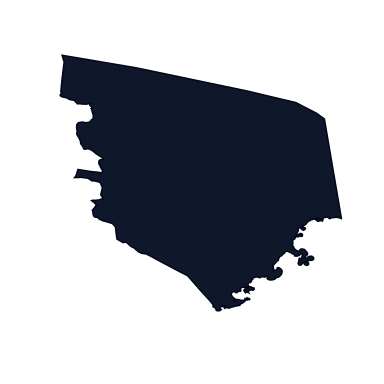 the district of Agig, Red Sea, Sudan, rotated 100°
{"feature_id": "16777658B73946128996237", "entity_name": "Agig", "entity_type": "district", "adm_level": 2, "iso_a3": "SDN", "parent_name": "Sudan", "parent_adm1": "Red Sea", "projection": "equal_earth", "projection_center": [38.237, 17.867], "detail": "fine", "context": "isolated", "style": "filled", "palette": "ink", "viewbox_px": 384, "rotation_deg": 100, "n_neighbors": 0, "source": "geoboundaries", "source_scale": "gbopen_adm2", "svg_char_len": 5933}
<svg xmlns="http://www.w3.org/2000/svg" viewBox="0 0 384 384"><g transform="rotate(100 192 192)"><path d="M79.9,343.7L86.1,340.5L103.1,339.6L116.1,338.6L117.0,337.0L118.1,338.2L119.0,338.2L119.5,338.7L120.5,337.7L120.9,335.9L121.0,331.7L121.3,330.7L122.2,328.7L122.2,323.9L122.7,323.2L125.1,320.2L124.8,319.3L124.5,316.9L124.5,315.6L124.2,313.8L124.1,312.5L123.8,311.1L122.4,307.8L123.2,308.2L123.8,307.9L124.6,307.3L126.0,304.9L127.4,305.9L128.2,304.8L129.8,304.5L133.4,302.6L137.3,302.0L137.9,303.2L138.4,303.6L138.9,303.9L139.7,304.0L141.1,305.2L141.8,307.2L142.1,308.1L142.2,312.8L143.0,314.1L143.1,315.1L143.6,316.0L145.5,317.1L147.4,317.0L149.2,316.7L150.3,316.3L152.2,315.6L154.4,315.7L156.3,314.7L157.9,313.0L161.1,310.8L163.3,310.1L164.3,309.5L166.1,307.5L168.4,306.0L168.5,304.5L167.7,303.2L167.4,301.1L168.4,297.6L171.0,293.0L174.4,285.0L175.4,285.2L175.8,287.1L176.6,288.5L177.5,289.0L179.1,288.9L180.3,288.6L181.8,287.5L185.0,285.2L187.3,283.0L188.7,284.9L188.8,285.7L188.9,288.8L189.2,292.6L189.4,295.7L189.5,299.4L189.6,308.2L192.4,308.6L195.6,309.0L196.9,309.4L198.2,310.2L197.4,306.2L196.9,304.3L196.7,301.5L196.5,297.2L196.9,295.9L198.3,292.8L198.2,291.1L198.0,289.6L198.3,286.3L198.4,284.4L199.0,283.9L203.0,281.1L206.3,281.1L210.4,281.4L211.3,280.8L212.3,279.7L213.6,278.2L214.1,279.1L215.9,282.2L217.0,285.9L217.3,288.2L217.9,289.4L218.5,288.5L219.3,286.5L221.8,283.7L222.6,284.4L223.8,285.2L224.9,285.4L227.2,287.0L228.0,286.6L228.6,286.1L229.8,286.0L231.6,285.3L233.4,284.0L233.7,279.5L234.8,278.7L235.8,274.7L236.2,270.2L236.9,264.9L239.9,261.1L240.6,261.1L242.5,260.5L245.0,259.8L251.4,257.7L253.9,250.9L253.2,249.8L253.0,248.7L253.4,246.9L254.1,246.0L255.4,244.1L256.3,242.3L257.1,239.5L260.2,234.4L261.1,231.2L261.0,226.0L261.7,224.0L262.5,221.3L263.4,218.4L264.2,216.3L270.8,196.1L275.3,181.7L287.2,166.9L296.7,154.6L299.8,151.3L301.1,151.5L300.0,151.3L301.2,151.5L302.0,149.4L302.5,148.5L303.2,147.9L304.0,147.9L304.6,146.8L304.5,145.9L304.0,143.9L302.7,142.8L302.2,143.6L302.0,144.3L301.4,144.7L300.6,144.5L299.8,142.8L299.0,143.0L298.6,141.9L299.1,141.6L298.6,140.8L299.2,140.1L299.8,140.3L300.4,140.0L300.8,139.5L300.1,139.4L298.9,139.4L298.6,139.0L299.0,138.7L299.5,138.1L300.0,138.9L299.9,135.2L299.3,134.3L298.5,133.2L298.2,132.1L297.8,131.1L296.8,129.9L296.9,129.1L296.2,128.0L295.9,127.0L295.7,126.0L295.1,125.1L293.6,124.7L293.1,123.5L292.4,122.8L291.7,122.0L290.7,121.2L289.9,120.7L289.0,120.5L288.7,119.9L289.0,119.2L288.3,118.1L288.2,117.2L287.7,116.5L287.0,116.9L287.0,118.8L286.6,119.4L287.8,119.6L287.6,121.3L288.6,121.2L289.9,122.5L290.1,125.8L289.9,129.0L291.4,130.0L292.1,131.0L291.5,132.0L290.1,130.7L289.5,131.6L288.5,133.6L286.2,135.7L285.0,135.6L283.6,134.7L282.4,133.3L283.4,131.8L283.4,130.2L282.3,129.5L281.5,129.7L281.5,127.3L280.8,126.8L280.2,127.0L278.9,127.5L277.4,126.6L276.8,125.4L276.9,122.7L276.6,121.4L275.6,120.4L275.9,119.7L276.6,119.6L277.7,121.0L278.4,121.7L279.2,121.7L279.3,122.6L278.5,122.6L278.5,123.2L279.9,123.9L280.7,123.2L282.0,121.8L280.9,120.3L281.3,118.9L280.7,119.5L279.9,119.1L279.1,118.4L278.4,117.6L278.1,116.2L278.1,114.7L277.4,114.0L276.8,115.2L276.3,115.4L276.0,113.5L275.6,116.0L275.2,117.3L275.3,119.5L274.3,120.2L273.6,120.6L272.6,121.0L271.6,120.3L271.1,118.9L270.1,118.1L268.8,118.0L268.1,117.6L268.0,119.1L267.8,117.9L267.4,117.0L266.3,117.4L265.6,116.3L265.3,115.4L264.8,115.1L264.5,113.8L264.4,112.0L264.7,110.3L264.0,109.5L263.2,108.1L263.0,107.3L263.3,106.4L263.2,105.8L263.0,105.0L262.1,104.5L263.0,102.1L263.5,102.3L264.2,102.9L264.7,102.3L264.9,101.4L265.1,100.4L265.0,99.3L264.6,97.9L264.1,96.3L263.0,94.9L261.5,94.0L260.9,92.1L259.5,90.8L257.6,89.7L256.0,89.4L254.7,89.4L253.7,89.7L252.9,90.5L252.2,91.4L251.7,92.4L251.5,93.6L251.6,94.4L252.1,95.0L254.0,95.0L254.2,95.7L254.6,96.8L255.6,97.5L255.9,97.8L254.9,98.0L253.6,98.3L252.7,98.7L251.3,99.0L250.4,99.3L248.7,98.4L246.8,97.1L244.9,95.9L244.2,95.1L243.1,95.1L242.4,95.4L241.8,94.8L240.8,94.5L240.5,94.7L240.1,94.1L239.5,93.0L238.9,92.7L238.6,92.3L238.1,92.3L237.9,91.8L237.2,91.4L236.3,90.5L235.3,90.0L234.1,89.3L233.8,87.9L234.0,86.9L234.3,85.7L234.4,85.1L234.3,84.0L234.9,83.7L235.2,83.0L235.7,81.2L236.2,80.1L237.1,79.8L237.1,78.5L236.9,77.3L235.8,75.5L234.7,74.5L233.9,74.2L233.6,73.6L233.9,72.7L234.9,72.4L236.5,72.4L239.1,72.7L239.0,73.0L238.6,73.7L238.5,74.6L239.0,74.9L240.6,74.9L241.7,74.8L244.0,75.1L245.3,74.0L245.2,72.5L244.6,71.6L243.5,71.0L242.6,70.7L241.6,69.8L241.9,69.7L242.4,69.4L243.1,69.1L243.8,68.6L244.4,66.5L243.7,65.0L242.8,64.6L241.6,64.9L240.9,65.9L241.1,67.7L241.4,68.9L241.1,69.1L240.5,68.2L239.6,66.4L239.1,65.0L238.9,64.1L238.7,62.9L238.3,61.6L237.0,60.5L235.6,60.8L235.0,61.6L234.4,62.9L234.8,64.7L235.6,66.2L237.0,67.3L237.5,68.0L237.3,69.1L235.6,69.2L234.6,68.0L233.0,67.4L232.0,67.7L231.0,68.8L229.1,71.3L228.9,73.4L229.2,74.8L230.2,75.7L231.7,76.1L231.8,76.9L231.4,79.1L230.8,80.4L229.1,82.1L226.3,84.0L225.3,84.0L224.9,83.7L224.0,84.2L222.7,84.3L221.8,84.3L220.8,83.1L219.9,82.5L218.9,82.5L218.1,83.0L218.2,81.9L217.7,81.2L217.9,80.3L217.5,79.5L217.2,79.2L216.3,79.1L216.7,78.2L216.9,77.3L216.3,75.7L215.0,75.7L214.2,76.3L213.9,77.9L214.4,78.6L215.0,79.4L215.4,80.1L216.4,81.6L216.3,81.9L215.9,82.4L215.3,82.2L213.7,81.2L212.7,80.9L211.7,80.7L210.5,80.7L209.8,81.5L209.5,81.6L208.4,80.1L208.5,79.7L208.8,79.1L208.5,78.5L209.1,78.0L210.0,76.9L210.4,75.7L209.4,74.5L208.4,73.9L207.7,74.5L207.2,76.7L207.0,77.3L206.2,76.7L205.5,76.0L204.3,74.5L202.7,73.7L200.9,72.5L200.3,72.2L199.9,71.0L198.4,69.5L198.1,68.5L197.5,67.0L196.9,65.5L196.1,64.6L196.1,63.1L196.2,62.8L196.4,63.1L196.5,64.3L197.0,65.0L197.8,65.2L198.4,64.4L199.0,62.9L198.0,60.7L197.8,61.0L197.4,60.2L197.5,59.5L198.1,58.7L196.5,58.2L195.0,58.5L193.8,56.4L193.2,54.1L194.3,52.0L194.4,51.8L193.1,49.9L192.6,48.1L191.8,45.1L191.8,42.2L192.2,40.3L191.7,40.4L97.1,74.3L92.9,82.8L85.9,105.3L83.0,154.2L79.4,267.9L79.9,343.7Z" fill="#0f172a" stroke="#020617" stroke-width="1.5"/></g></svg>